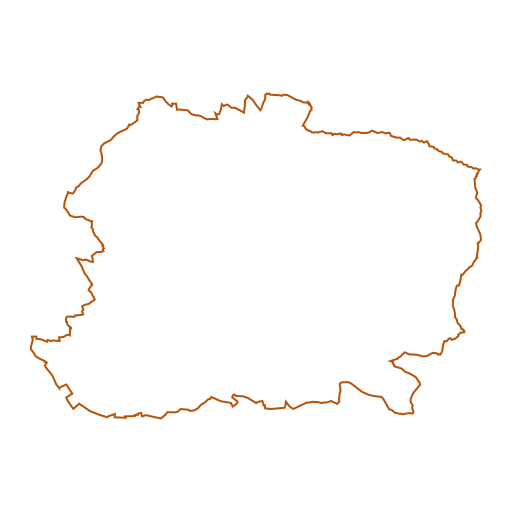 Ciucsangeorgiu, Harghita, Romania (Mercator projection)
{"feature_id": "2599482B775489854413", "entity_name": "Ciucsangeorgiu", "entity_type": "district", "adm_level": 2, "iso_a3": "ROU", "parent_name": "Romania", "parent_adm1": "Harghita", "projection": "mercator", "projection_center": [26.04, 46.348], "detail": "fine", "context": "isolated", "style": "outline", "palette": "amber", "viewbox_px": 512, "rotation_deg": 0, "n_neighbors": 0, "source": "geoboundaries", "source_scale": "gbopen_adm2", "svg_char_len": 5987}
<svg xmlns="http://www.w3.org/2000/svg" viewBox="0 0 512 512"><path d="M79.2,403.7L90.1,411.1L99.1,414.7L107.3,417.3L108.0,416.4L114.9,414.0L114.6,417.3L125.6,417.7L125.0,416.4L134.7,416.1L134.6,415.2L137.9,414.7L137.7,413.7L141.2,413.0L142.1,416.4L145.7,415.1L160.9,418.5L165.4,414.7L167.3,412.2L174.7,412.4L177.4,411.9L180.8,409.0L188.6,409.8L189.8,410.9L193.6,410.6L197.7,408.5L200.6,405.1L204.4,402.8L208.2,399.3L210.0,399.0L211.3,397.0L220.7,401.2L230.8,402.9L232.8,406.6L236.8,403.6L237.4,402.7L237.4,401.5L232.2,397.2L232.8,395.6L234.1,394.5L236.1,395.9L242.4,396.2L247.8,397.9L256.2,403.1L257.9,401.9L262.4,401.0L263.6,405.4L264.8,405.2L265.1,408.4L270.8,409.0L284.4,407.8L285.2,406.4L285.9,401.7L289.1,406.0L291.5,408.0L293.5,408.9L306.9,402.5L309.4,402.5L312.2,401.8L318.2,402.1L321.4,403.1L323.3,402.5L326.5,402.5L331.2,401.0L337.2,403.9L339.3,401.5L338.9,398.4L339.4,396.5L339.6,393.3L340.4,391.9L340.4,388.9L339.7,384.2L341.3,382.4L348.1,382.1L351.3,383.6L362.0,391.8L367.8,394.4L372.9,395.9L381.3,396.9L382.9,398.2L389.2,409.3L391.4,409.8L395.0,412.7L400.1,413.9L401.2,413.6L402.5,414.3L408.8,413.1L412.5,413.5L413.1,413.1L413.5,411.2L412.4,409.9L412.6,409.0L412.1,407.4L412.7,405.6L410.6,401.7L410.6,399.5L412.1,395.3L413.2,393.1L420.2,384.7L419.5,382.5L415.8,377.2L414.9,376.5L409.3,373.3L405.4,371.9L401.5,368.5L394.8,366.5L394.1,366.0L394.2,364.9L392.9,363.5L393.0,362.1L390.4,361.1L397.6,358.7L398.8,357.3L400.9,356.3L402.1,354.5L403.6,353.8L404.2,352.6L404.9,352.4L409.3,354.4L416.6,354.7L422.9,356.4L426.4,356.2L432.8,352.8L437.1,353.4L438.0,354.7L439.9,354.2L440.4,354.5L442.2,351.3L443.1,344.7L444.3,341.2L446.6,341.3L448.7,338.9L449.8,338.3L450.8,338.4L451.5,339.8L451.9,339.8L455.3,338.6L458.3,336.2L458.3,334.8L460.9,332.5L463.9,332.4L463.8,331.8L464.4,331.3L463.2,329.5L461.3,328.9L461.3,327.6L460.6,327.0L460.2,325.5L457.7,323.2L456.8,319.7L455.0,317.0L455.1,314.6L454.2,309.6L452.8,305.7L453.0,302.1L452.8,300.0L454.8,295.7L455.6,289.5L456.9,285.6L458.8,285.6L459.5,284.6L459.4,283.4L460.3,281.4L461.0,276.1L461.2,276.4L462.0,274.4L463.3,274.2L465.1,271.4L467.8,269.3L469.2,267.4L472.3,265.5L473.9,261.7L475.9,259.5L476.4,257.7L477.3,257.7L476.9,255.8L478.3,246.4L477.6,243.3L478.0,242.7L478.9,242.7L480.3,240.9L480.9,239.6L480.9,238.2L480.2,234.1L477.0,227.0L475.9,223.1L477.7,221.4L480.5,216.4L480.5,212.6L481.2,211.7L481.3,210.6L480.4,207.6L481.2,205.8L479.5,202.5L477.8,199.9L476.4,198.6L475.8,197.4L477.3,192.6L475.3,187.9L474.5,178.8L475.7,178.1L475.9,176.5L477.0,175.9L476.6,174.1L477.9,173.2L479.0,170.3L479.8,169.6L478.5,169.5L475.7,168.2L473.3,168.6L471.7,167.1L467.6,166.6L467.0,164.9L463.3,164.4L462.4,162.9L460.6,161.6L457.9,162.5L456.4,160.6L452.8,160.3L452.0,157.6L449.1,156.4L448.4,154.6L442.8,153.3L441.7,151.8L438.9,151.2L437.0,149.2L434.4,148.4L433.7,146.9L429.4,146.2L429.0,144.2L428.2,143.6L427.9,142.3L426.9,141.2L424.0,142.6L421.7,140.9L419.6,141.5L416.6,139.6L409.7,139.7L409.0,138.3L408.3,138.0L404.9,139.8L403.3,140.0L400.1,137.6L396.4,137.6L390.9,135.8L390.0,133.4L389.0,132.6L385.4,133.4L382.9,132.3L381.4,132.2L377.5,133.0L372.4,130.7L370.9,131.1L369.6,132.3L366.3,132.9L361.6,133.0L358.8,132.1L355.7,132.5L353.7,132.0L349.6,135.5L344.7,134.5L341.8,135.0L341.2,134.3L341.5,133.8L340.8,133.5L336.3,134.2L334.0,133.8L333.4,134.8L332.5,135.0L331.5,133.2L327.6,133.4L325.2,132.9L322.6,131.2L317.4,132.6L316.4,132.1L313.9,132.6L311.7,132.3L310.2,130.9L307.3,130.3L306.4,129.1L305.6,128.7L304.7,126.7L302.8,125.6L307.8,116.9L310.0,111.1L311.6,110.1L311.2,107.6L311.6,107.4L309.0,102.6L308.0,102.0L308.1,103.3L307.7,102.7L303.0,102.4L300.7,101.0L295.6,99.5L287.5,95.1L283.4,94.7L282.0,95.9L280.1,95.3L270.5,94.7L268.9,93.5L267.8,94.1L266.8,93.6L265.3,94.7L265.2,98.9L263.0,103.5L261.5,108.4L260.3,110.2L256.0,104.8L252.5,99.7L247.8,95.8L247.3,97.4L245.0,100.1L244.8,106.0L244.0,112.6L235.1,107.8L231.4,107.7L227.7,104.7L226.4,104.7L223.6,106.1L221.8,104.2L220.8,109.7L219.1,114.2L217.1,114.6L215.4,113.3L217.4,119.0L215.5,119.2L210.8,118.9L207.3,119.4L204.1,118.1L201.6,116.5L198.0,115.2L197.0,115.6L192.6,114.6L191.1,113.9L187.9,110.4L179.6,109.5L177.0,109.7L176.1,103.7L172.2,103.7L172.4,105.2L171.6,106.5L168.4,104.2L165.5,101.2L162.9,97.4L156.3,96.5L153.5,98.1L150.7,98.9L149.3,100.1L146.4,99.6L143.8,101.3L143.2,102.8L138.6,102.9L140.4,106.9L138.9,106.8L137.6,109.2L138.7,109.4L139.1,112.8L137.3,115.8L137.3,120.4L132.2,124.1L130.1,125.1L129.3,124.5L127.0,128.7L118.0,132.9L114.2,136.0L110.7,140.1L104.3,143.3L101.4,146.1L100.5,150.4L101.4,153.1L102.2,158.4L101.8,162.4L101.3,163.5L98.0,167.6L92.7,171.0L89.8,176.0L86.9,179.1L80.7,183.5L78.7,186.2L76.2,187.5L75.4,189.8L73.2,193.3L72.0,193.5L67.9,192.2L67.7,194.0L66.8,195.4L64.6,202.2L64.1,207.7L65.1,208.3L67.3,211.1L70.0,215.6L75.4,217.3L81.2,216.6L83.9,217.1L84.6,218.2L86.3,219.4L88.9,220.2L90.2,221.1L92.1,221.3L91.7,223.0L92.0,225.3L91.3,227.5L92.7,228.9L93.1,231.4L93.7,232.8L95.3,235.9L97.5,237.5L97.9,238.7L103.0,245.0L102.3,245.6L103.9,248.4L103.0,248.9L103.2,249.6L102.7,250.7L103.2,251.2L100.3,252.1L96.6,252.2L91.8,256.1L92.6,258.1L92.8,262.0L90.0,261.5L88.3,260.4L85.0,259.5L83.5,260.2L76.7,258.3L81.3,265.7L84.7,273.6L86.7,275.8L89.6,280.8L91.9,283.8L92.2,284.6L89.1,288.8L88.7,290.3L91.3,292.6L92.5,295.5L94.2,297.6L94.0,298.3L94.7,299.6L88.4,304.0L84.9,304.8L82.1,306.3L83.3,309.8L82.1,311.3L82.5,312.9L83.3,313.9L82.7,314.7L74.7,315.6L74.6,316.6L73.8,316.8L68.3,316.5L66.7,316.9L65.9,319.2L66.2,322.0L66.9,322.0L67.1,323.6L68.5,326.1L70.5,327.1L71.0,328.0L71.0,328.5L70.1,328.4L69.8,335.4L68.4,334.8L66.4,335.2L63.3,337.0L59.0,337.4L59.6,341.0L52.9,340.4L52.5,340.8L50.8,341.0L47.7,340.0L47.0,341.7L40.9,339.3L36.4,338.8L36.4,336.6L31.9,336.6L32.8,339.7L30.7,347.7L31.0,349.5L34.0,353.2L35.5,355.9L38.5,358.1L45.3,361.4L45.0,362.0L46.7,362.6L44.9,365.6L45.3,366.6L52.6,375.9L56.4,384.7L59.3,388.2L59.3,387.7L61.2,386.8L66.3,384.5L66.5,384.8L72.3,393.7L66.2,397.5L67.4,400.3L71.0,405.7L73.4,408.9L79.2,403.7Z" fill="none" stroke="#b45309" stroke-width="2"/></svg>